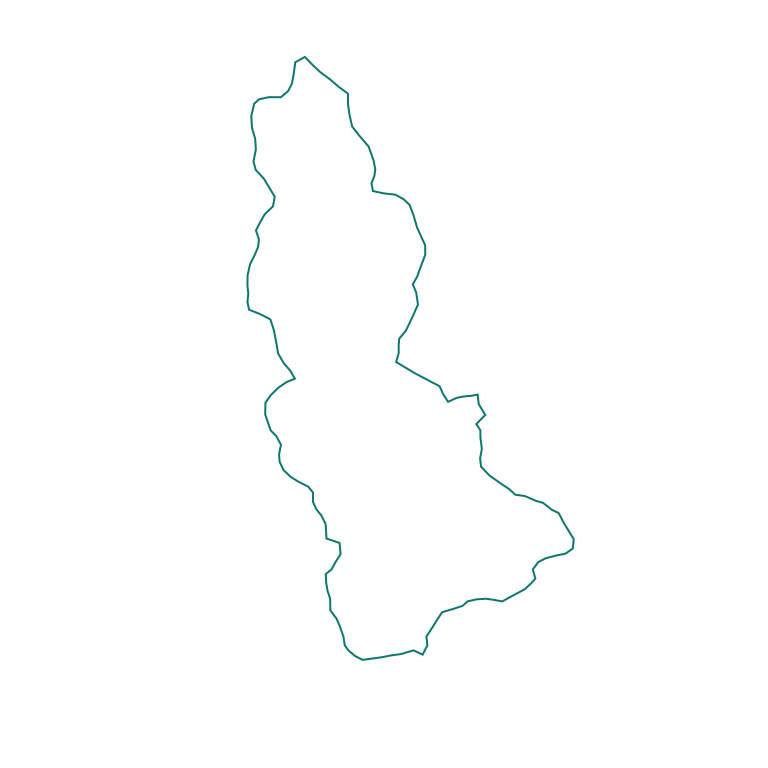 outline of Cedral, São Paulo, Brazil, rotated 297°
{"feature_id": "56859067B54870059140292", "entity_name": "Cedral", "entity_type": "district", "adm_level": 2, "iso_a3": "BRA", "parent_name": "Brazil", "parent_adm1": "São Paulo", "projection": "orthographic", "projection_center": [-49.264, -20.916], "detail": "fine", "context": "isolated", "style": "outline", "palette": "teal", "viewbox_px": 768, "rotation_deg": 297, "n_neighbors": 0, "source": "geoboundaries", "source_scale": "gbopen_adm2", "svg_char_len": 2170}
<svg xmlns="http://www.w3.org/2000/svg" viewBox="0 0 768 768"><g transform="rotate(297 384 384)"><path d="M128.5,490.2L135.0,499.5L139.9,506.6L145.5,513.7L151.0,521.6L160.1,531.3L160.4,541.3L170.8,541.3L178.1,536.5L187.9,537.5L198.1,538.4L207.1,539.4L215.1,547.9L222.0,554.7L228.3,557.2L234.2,564.3L239.0,572.4L241.4,579.5L244.0,588.1L250.1,592.2L255.4,595.9L265.1,602.6L273.1,605.6L279.3,607.2L286.4,600.8L295.3,602.3L301.7,606.8L309.0,614.9L315.2,622.7L323.1,626.9L331.9,623.5L341.5,607.8L348.3,598.2L348.1,590.7L350.3,579.7L348.9,572.5L348.1,560.2L345.0,551.4L347.2,543.1L348.3,533.8L350.3,519.6L354.4,508.0L361.4,503.4L370.7,500.6L379.8,494.4L386.5,490.9L390.2,484.4L402.4,488.3L409.1,477.5L417.1,472.3L412.9,466.8L408.9,460.4L404.5,454.9L397.2,449.2L402.0,441.1L407.3,434.5L407.3,427.3L407.6,406.2L409.1,384.8L418.4,383.0L424.9,379.6L431.3,377.0L441.7,379.3L457.3,378.9L470.2,378.2L480.2,371.1L485.9,364.4L494.9,364.8L506.1,363.4L517.9,362.1L526.3,357.7L538.4,342.5L547.9,333.5L555.1,325.7L557.5,317.6L557.9,308.3L553.7,297.1L550.9,286.5L557.2,281.7L564.8,281.0L571.1,278.9L578.5,273.2L588.6,262.5L594.1,249.1L599.0,238.7L608.0,231.2L617.1,224.8L626.4,220.0L628.2,208.8L631.0,197.2L632.8,186.2L635.7,176.0L639.5,165.0L630.4,158.9L618.6,163.0L609.8,165.6L601.5,165.6L592.7,161.9L587.3,151.2L581.0,143.4L574.7,141.1L562.5,144.1L552.4,150.0L544.0,157.9L534.7,163.4L522.9,166.7L516.5,172.6L512.4,183.8L501.2,201.7L491.9,204.4L480.7,200.6L469.6,200.2L462.7,200.2L456.0,206.9L449.1,209.6L440.3,210.2L429.8,210.3L418.7,213.2L409.6,217.7L402.9,222.1L395.1,225.1L388.9,230.1L390.0,241.2L390.0,253.4L381.9,261.5L370.3,270.5L363.1,275.8L356.9,285.5L353.4,294.3L348.2,302.2L341.9,296.6L332.5,291.4L322.4,288.1L313.4,286.9L303.0,291.9L296.1,299.0L291.2,304.1L288.7,311.6L283.2,319.7L273.3,322.6L267.2,326.4L261.5,333.9L258.8,343.5L258.1,352.2L258.1,363.2L255.0,370.1L246.9,374.1L241.7,380.5L238.4,387.9L232.7,395.6L220.2,402.9L222.2,416.6L212.6,422.6L203.6,421.7L194.9,421.4L188.2,418.4L180.9,422.6L174.3,427.4L168.1,433.6L158.0,438.9L153.4,448.2L147.5,455.3L140.3,462.7L133.4,467.6L130.3,473.6L128.5,481.8L128.5,490.2Z" fill="none" stroke="#0f766e" stroke-width="2"/></g></svg>